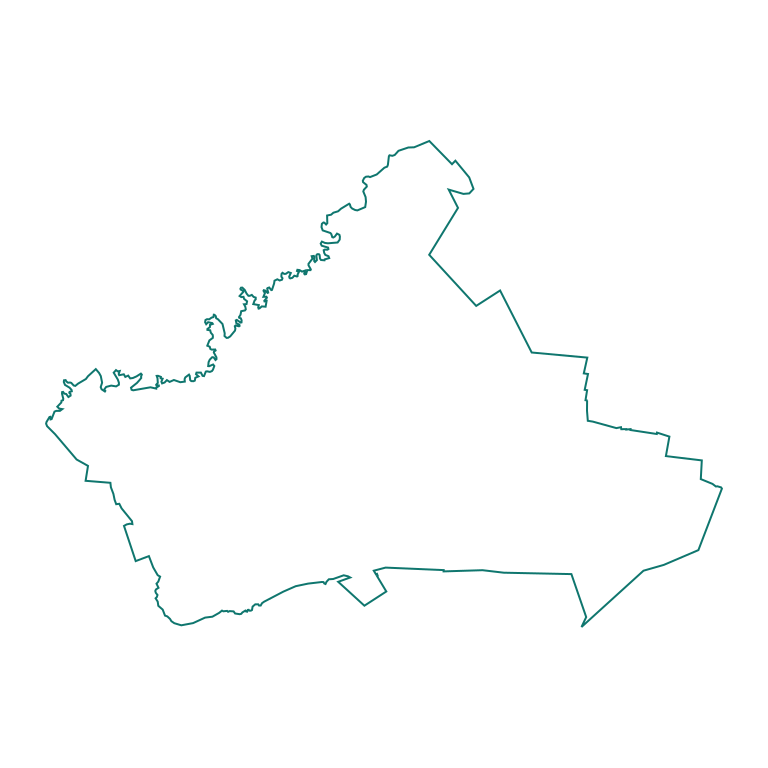 Tanlajás, San Luis Potosí, Mexico (Mercator projection)
{"feature_id": "50627088B17582677528322", "entity_name": "Tanlajás", "entity_type": "district", "adm_level": 2, "iso_a3": "MEX", "parent_name": "Mexico", "parent_adm1": "San Luis Potosí", "projection": "mercator", "projection_center": [-98.882, 21.745], "detail": "fine", "context": "isolated", "style": "outline", "palette": "teal", "viewbox_px": 768, "rotation_deg": 0, "n_neighbors": 0, "source": "geoboundaries", "source_scale": "gbopen_adm2", "svg_char_len": 6078}
<svg xmlns="http://www.w3.org/2000/svg" viewBox="0 0 768 768"><path d="M721.9,488.6L721.1,487.4L717.4,486.3L715.9,486.5L712.5,483.9L700.8,479.1L701.8,460.4L665.9,456.1L669.4,436.6L657.0,432.6L656.8,434.0L630.4,430.0L630.5,429.1L626.3,429.6L626.3,429.1L621.3,429.2L621.0,427.2L616.4,428.1L592.8,421.6L587.8,420.8L587.0,410.7L587.1,400.6L587.5,400.5L585.5,400.2L587.1,390.2L584.7,389.8L588.0,374.0L583.8,373.4L587.3,357.6L531.7,352.5L500.1,290.5L476.2,305.9L429.2,254.8L458.0,207.9L448.7,189.6L463.4,193.9L469.3,193.4L473.5,188.9L469.2,177.4L455.4,160.7L452.0,164.2L429.3,141.0L414.1,147.3L408.3,147.5L398.5,150.8L394.7,155.0L392.4,155.8L389.5,155.3L388.9,156.2L387.9,164.8L387.2,166.6L384.4,167.7L376.7,174.5L370.0,177.1L368.5,176.5L366.0,176.7L364.2,178.0L362.8,180.8L363.1,182.2L366.5,184.9L366.8,186.6L363.9,189.7L363.3,191.5L365.6,197.1L366.0,201.7L365.2,207.1L357.4,210.4L355.1,210.0L352.1,208.5L350.6,206.9L349.9,204.4L349.2,203.7L341.0,208.7L338.1,211.3L333.4,212.7L331.1,214.7L327.1,215.5L327.3,223.2L326.1,224.5L324.4,222.7L323.4,222.5L321.9,223.8L321.5,227.1L322.7,230.4L330.4,233.0L331.3,234.1L332.3,237.2L333.3,237.5L334.9,236.5L337.0,233.6L339.4,234.8L339.9,236.6L339.7,239.6L337.6,242.5L327.9,243.3L324.8,242.9L321.9,241.6L320.7,243.6L321.7,245.7L328.1,247.6L328.4,249.1L327.4,249.7L324.8,249.6L323.7,250.2L324.2,252.9L325.3,254.9L328.5,256.2L329.2,258.1L324.7,259.4L324.5,260.3L321.0,260.0L320.0,258.6L319.6,255.0L318.9,254.2L317.3,254.2L316.3,255.4L316.9,260.1L315.0,262.0L314.2,261.1L314.3,256.8L313.8,255.9L311.7,256.2L312.5,258.6L308.5,263.8L308.5,265.3L310.8,269.4L310.5,270.1L307.3,270.1L306.1,274.1L304.8,274.4L304.2,273.7L305.0,270.6L302.0,271.6L299.6,270.1L297.4,269.8L297.0,271.0L298.9,271.9L297.6,274.6L297.6,276.1L297.0,276.5L294.3,275.7L292.4,277.8L290.2,278.4L289.5,277.9L289.2,276.6L290.8,273.0L288.3,272.1L285.9,273.8L284.2,273.9L282.5,272.8L281.6,273.8L281.4,275.4L281.4,276.7L282.5,278.2L282.0,279.7L279.7,280.5L277.3,279.3L274.5,280.7L274.1,283.5L272.0,289.9L271.3,290.1L269.2,287.5L267.5,288.1L267.2,288.6L268.2,292.6L267.6,292.9L265.1,290.5L263.8,290.2L263.5,290.8L264.9,293.2L263.4,296.8L266.4,296.7L266.9,297.7L264.3,300.8L264.5,301.4L266.6,300.9L265.6,306.7L261.8,306.4L259.5,308.4L258.6,308.6L258.2,307.4L258.8,305.1L253.3,304.1L254.6,300.5L255.7,299.4L255.7,297.6L253.6,296.9L251.8,294.9L249.8,295.8L248.4,295.8L246.6,293.6L244.7,289.9L242.3,287.6L241.0,287.7L240.4,288.8L240.6,289.5L243.2,291.0L243.3,291.9L239.6,296.0L241.3,297.1L243.5,296.8L244.1,298.9L247.1,301.3L246.5,304.1L244.0,304.3L245.3,306.7L245.8,309.3L245.0,310.4L241.2,311.2L240.5,314.8L239.0,317.1L239.2,317.8L240.8,318.3L241.6,320.3L241.5,322.4L240.7,322.6L236.8,319.9L235.8,320.4L236.4,323.3L239.3,324.6L239.6,325.9L239.0,326.3L235.5,325.5L234.8,326.2L235.4,328.6L235.0,330.6L230.2,336.4L228.0,337.8L226.6,337.9L224.5,336.0L224.7,333.3L222.5,324.0L217.9,319.2L216.2,318.3L215.8,316.2L214.5,314.8L213.8,314.7L213.4,317.1L211.6,317.6L209.2,319.3L207.0,319.2L205.5,320.0L205.1,322.2L206.2,324.2L208.1,322.2L212.3,323.1L212.8,323.9L210.0,324.9L209.9,327.1L207.4,329.0L207.4,329.9L210.2,330.3L210.8,332.7L212.7,334.9L212.9,336.4L212.8,337.9L209.4,340.4L207.3,345.7L209.7,346.7L210.4,349.0L211.6,349.6L215.2,349.5L215.6,350.5L214.0,351.6L213.8,352.5L216.4,357.3L216.5,359.1L215.5,360.0L213.7,357.4L212.2,357.2L209.8,359.6L208.6,362.1L208.2,366.1L209.2,366.2L213.1,364.5L214.3,366.0L213.0,369.6L211.9,371.1L209.9,371.9L207.0,371.3L205.8,371.6L204.0,376.1L202.6,375.9L200.9,372.6L196.5,372.6L196.0,374.2L198.5,376.4L195.3,377.8L194.8,380.6L193.5,381.2L191.3,381.1L190.2,380.1L189.7,375.8L189.0,374.6L185.3,377.4L184.6,379.1L184.8,381.6L180.3,382.2L173.9,380.0L169.6,381.9L166.9,380.1L164.6,382.5L162.1,383.4L161.4,381.7L162.6,378.7L160.7,378.3L160.9,376.9L158.0,375.8L156.7,375.9L157.5,378.3L157.8,382.9L156.2,384.7L156.4,385.4L158.8,385.4L158.9,386.0L156.2,387.7L156.2,388.6L150.5,387.3L133.2,390.3L131.6,389.8L131.0,387.7L137.0,382.9L139.3,380.3L141.2,378.0L141.1,376.4L141.8,374.6L140.9,373.6L136.5,376.4L132.9,378.0L130.2,378.4L128.2,375.6L125.3,376.9L123.8,374.3L119.2,375.2L118.7,374.0L119.7,371.0L117.8,371.4L116.0,370.1L113.7,372.7L117.8,379.5L118.9,382.7L118.9,384.7L116.1,386.4L111.2,385.6L106.2,386.9L104.5,389.1L104.5,390.0L105.3,390.9L104.9,391.5L101.6,389.3L100.7,387.1L102.1,382.7L100.8,376.1L99.1,373.0L95.8,369.1L88.0,376.2L85.9,379.0L78.1,383.6L75.3,385.9L73.7,385.5L71.3,382.9L70.0,382.5L68.0,382.7L66.3,381.4L65.6,380.1L64.0,380.3L63.8,382.0L65.0,384.9L69.6,387.7L71.6,390.0L71.8,391.3L69.6,391.9L69.3,392.8L70.5,394.0L70.6,395.6L68.4,397.0L66.2,394.0L64.3,393.6L63.1,391.9L62.1,392.1L62.0,393.7L63.3,398.8L63.0,400.2L61.5,400.7L61.3,402.5L57.3,406.7L59.2,408.6L62.3,409.1L59.9,410.9L56.2,410.9L54.5,411.6L51.6,419.1L50.6,419.4L50.3,416.8L49.5,417.0L46.5,422.0L46.1,423.7L47.1,426.2L55.0,434.1L76.6,459.5L88.0,465.9L85.6,480.8L110.4,482.8L110.9,487.3L113.4,493.9L114.6,499.8L116.2,504.2L119.3,503.8L121.6,508.4L132.0,521.2L132.4,524.1L130.0,523.7L126.7,524.4L124.0,525.9L135.7,561.1L148.9,556.1L153.2,567.4L157.7,575.2L160.1,576.6L158.3,581.6L156.5,583.7L158.5,587.8L155.9,589.5L155.3,591.0L155.8,592.8L157.5,595.0L156.8,597.1L155.6,598.3L157.7,601.6L158.3,605.8L162.7,609.6L165.0,615.6L167.3,616.4L170.0,618.9L171.4,621.2L174.3,623.2L181.3,625.3L193.1,623.1L205.1,617.6L212.4,616.7L219.1,612.9L222.0,610.6L223.3,611.3L227.1,610.9L228.1,611.8L229.6,611.1L233.6,611.4L235.1,613.5L239.7,614.2L241.3,613.8L242.3,612.5L245.5,610.5L246.1,610.8L246.0,611.4L247.1,611.7L247.9,609.9L248.7,609.8L249.4,610.7L250.8,610.7L252.0,610.0L252.6,606.6L255.3,604.3L258.2,604.3L259.0,605.5L260.7,605.5L262.0,603.2L264.1,601.7L283.4,591.6L295.7,586.2L308.1,583.6L321.9,582.0L323.5,582.1L324.3,583.5L325.5,584.0L326.5,581.8L328.8,579.3L333.2,579.0L343.7,575.3L348.0,576.3L350.2,577.5L338.2,581.8L364.4,605.7L386.3,591.5L377.1,576.2L377.7,575.8L377.0,573.9L376.0,574.4L373.8,570.7L385.6,567.6L443.7,570.1L443.6,571.4L482.5,570.2L503.8,572.7L571.4,574.1L586.2,617.1L581.5,627.0L643.5,570.7L663.8,564.9L698.4,550.1L721.9,488.6Z" fill="none" stroke="#0f766e" stroke-width="2"/></svg>